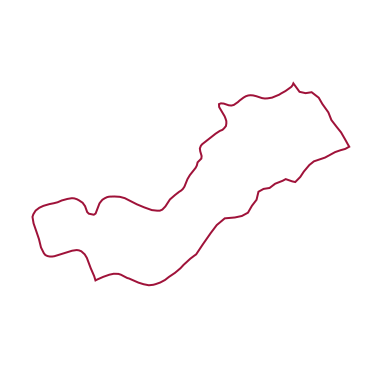 Pujon, Hamgyŏng-namdo, North Korea (Equal Earth projection), rotated 240°
{"feature_id": "82179303B63177642668058", "entity_name": "Pujon", "entity_type": "district", "adm_level": 2, "iso_a3": "PRK", "parent_name": "North Korea", "parent_adm1": "Hamgyŏng-namdo", "projection": "equal_earth", "projection_center": [127.625, 40.761], "detail": "fine", "context": "isolated", "style": "outline", "palette": "rose", "viewbox_px": 384, "rotation_deg": 240, "n_neighbors": 0, "source": "geoboundaries", "source_scale": "gbopen_adm2", "svg_char_len": 2145}
<svg xmlns="http://www.w3.org/2000/svg" viewBox="0 0 384 384"><g transform="rotate(240 192 192)"><path d="M152.6,350.8L155.7,350.8L160.9,350.9L169.1,350.9L176.3,349.8L184.6,348.7L192.8,349.9L203.1,348.9L210.3,348.9L218.6,345.5L220.8,339.8L225.0,335.2L235.4,334.1L234.2,332.5L233.4,330.6L232.7,323.2L232.8,318.5L232.7,316.1L233.7,308.5L235.3,304.3L236.5,301.9L238.3,299.6L242.8,295.6L245.1,293.2L246.6,291.0L247.5,288.9L248.0,286.5L248.0,283.9L247.4,278.9L246.9,276.7L246.5,271.7L247.2,269.3L248.7,267.2L252.7,263.7L254.3,261.4L254.6,259.3L252.0,258.0L249.6,258.0L241.2,258.1L238.6,257.7L236.3,257.2L234.3,256.1L232.2,254.4L231.2,251.9L230.6,249.5L231.0,246.6L230.7,241.5L228.3,224.7L227.6,222.8L225.8,220.6L223.2,219.5L218.3,218.3L216.3,216.8L214.9,211.7L212.5,209.4L211.1,207.2L207.7,198.6L205.4,194.5L200.4,188.1L199.2,185.6L198.7,183.4L198.6,180.9L197.9,175.9L196.6,169.2L192.8,161.7L191.6,157.5L191.9,154.9L193.1,152.7L196.4,148.2L202.5,143.0L208.9,138.1L220.3,130.7L223.9,127.1L227.0,122.4L229.4,117.9L230.0,115.9L230.2,113.4L230.1,110.6L229.4,108.6L228.4,106.2L221.6,97.8L221.4,96.1L221.5,95.5L224.8,91.8L227.1,91.2L233.2,92.3L237.4,91.9L241.4,89.9L243.3,88.7L245.3,86.9L246.7,84.9L248.3,80.6L249.8,74.9L250.3,70.5L251.4,66.6L252.8,62.5L254.3,56.4L254.7,51.9L254.1,47.3L253.1,45.4L252.0,43.4L250.2,41.4L244.0,39.1L235.2,37.4L227.7,35.9L219.5,33.5L213.0,33.1L210.7,33.5L208.8,34.8L207.2,36.6L206.0,38.7L205.2,40.7L201.1,58.8L199.4,63.1L198.0,64.9L196.0,66.5L191.7,67.9L187.5,68.0L176.7,66.2L168.0,65.2L163.7,64.2L163.6,66.2L162.9,72.7L161.7,79.1L160.3,83.4L157.9,87.3L155.9,89.1L149.9,92.9L148.6,94.2L140.3,100.3L136.3,104.0L132.8,108.0L131.0,112.1L130.4,114.4L129.5,119.2L129.3,124.7L130.0,129.6L130.5,136.9L131.8,144.1L133.1,148.2L135.1,157.2L135.7,162.1L135.9,164.4L141.2,175.1L147.1,187.7L151.0,196.9L152.8,207.2L148.5,216.4L146.3,223.2L146.1,230.1L150.1,237.0L153.0,244.0L159.0,249.7L158.9,255.5L156.7,261.2L157.6,268.1L156.4,276.1L156.3,279.6L151.1,284.1L149.0,286.4L150.9,293.3L153.8,299.1L156.7,307.1L157.6,312.9L155.3,324.4L155.0,335.9L153.9,341.6L152.7,346.2L152.6,350.8Z" fill="none" stroke="#9f1239" stroke-width="2"/></g></svg>